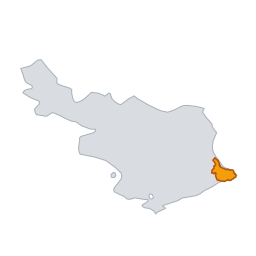 Amasia, Shirak, Armenia (highlighted), rotated 164°
{"feature_id": "60910142B69000045179154", "entity_name": "Amasia", "entity_type": "district", "adm_level": 2, "iso_a3": "ARM", "parent_name": "Armenia", "parent_adm1": "Shirak", "projection": "orthographic", "projection_center": [43.631, 40.973], "detail": "fine", "context": "in_parent", "style": "filled", "palette": "amber", "viewbox_px": 256, "rotation_deg": 164, "n_neighbors": 0, "source": "geoboundaries", "source_scale": "gbopen_adm2", "svg_char_len": 4043}
<svg xmlns="http://www.w3.org/2000/svg" viewBox="0 0 256 256"><g transform="rotate(164 128 128)"><path d="M113.2,157.2L111.2,154.0L101.1,143.6L91.7,135.5L85.4,132.2L79.0,132.6L69.1,134.3L65.4,133.6L56.8,130.1L49.5,125.9L50.5,124.2L52.0,122.9L50.2,117.4L46.2,108.6L46.6,105.9L45.4,102.1L44.0,99.2L49.6,92.3L52.2,86.8L52.7,81.4L51.2,75.8L47.6,65.6L45.3,62.7L41.1,59.9L37.6,55.4L36.7,52.2L39.7,51.6L48.3,51.5L56.7,50.4L63.2,48.3L72.7,46.5L76.6,44.9L81.2,44.2L95.1,45.7L100.3,44.4L115.9,43.9L116.3,43.3L114.2,41.2L114.2,40.4L123.4,38.9L124.9,37.8L126.1,41.2L129.7,44.9L133.5,46.4L135.6,48.4L135.7,50.0L129.0,52.0L128.6,53.0L129.0,53.9L131.0,54.4L140.6,58.9L146.0,58.9L148.9,60.3L150.4,63.1L155.0,66.9L158.7,70.5L158.9,71.8L158.3,73.7L148.3,81.3L147.1,83.8L147.0,86.5L151.6,94.3L158.4,102.9L168.0,109.2L181.3,116.1L181.6,120.5L179.6,125.8L177.9,129.4L177.2,131.9L175.6,132.9L162.5,133.0L160.6,133.9L159.7,135.0L159.7,135.8L164.4,137.3L171.9,142.8L176.3,148.2L180.8,150.4L185.8,154.6L189.9,158.6L196.3,163.7L203.2,161.7L212.5,166.1L213.0,169.3L212.5,172.1L206.8,175.4L206.1,176.7L206.2,177.8L207.0,179.3L210.5,181.7L214.6,185.3L219.3,190.8L217.4,192.5L213.1,192.9L209.8,192.3L208.7,193.5L208.8,195.3L213.2,199.5L214.2,202.6L214.2,208.0L214.6,214.8L204.5,214.6L196.0,218.2L192.7,217.6L190.4,211.9L188.4,207.2L182.6,195.3L184.0,190.4L180.9,187.6L173.4,182.6L171.5,180.6L172.4,177.6L173.0,172.3L172.2,168.0L170.2,166.7L166.6,166.7L162.2,167.9L153.3,172.3L147.1,169.7L143.5,167.1L141.4,164.9L136.8,166.9L135.6,166.0L135.3,160.4L133.8,157.5L131.0,154.0L128.4,152.4L118.9,156.0L113.2,157.2ZM126.4,57.6L126.7,55.6L126.2,53.8L124.7,53.3L122.8,53.8L122.7,55.8L123.3,57.7L125.2,58.5L126.4,57.6ZM157.1,87.9L154.9,89.2L152.9,88.7L152.8,85.6L154.2,84.3L155.9,84.4L157.6,85.4L157.1,87.9Z" fill="#d9dde1" stroke="#a8b0b8" stroke-width="1"/><path d="M54.4,52.1L54.0,51.9L53.6,51.7L53.2,51.5L52.8,51.3L52.5,51.1L52.2,51.0L51.8,50.9L51.4,50.8L51.1,50.6L50.8,50.5L50.7,50.3L50.6,50.2L50.3,50.2L50.1,50.2L49.9,50.1L49.6,50.1L49.4,50.1L49.1,50.2L48.8,50.2L48.6,50.3L48.2,50.4L47.8,50.5L47.5,50.6L47.3,50.6L47.2,50.5L46.8,50.5L46.6,50.4L46.4,50.5L46.1,50.6L45.8,50.6L45.7,50.6L45.6,50.4L45.6,50.2L45.5,49.9L45.4,49.9L45.1,49.7L44.5,49.5L44.3,49.5L44.0,49.4L43.5,49.4L43.3,49.5L43.1,49.6L42.7,49.7L42.3,49.9L42.2,50.0L41.8,50.2L41.6,50.2L41.1,50.2L40.6,50.2L40.5,50.4L40.4,50.5L40.0,50.7L39.8,50.8L39.6,50.8L39.4,50.8L39.2,50.8L38.7,51.0L38.4,51.1L38.1,51.2L37.8,51.3L37.8,51.5L37.8,51.8L37.7,51.9L37.7,52.0L37.4,52.5L37.2,52.7L37.2,52.9L37.2,53.3L37.2,53.5L37.3,53.7L37.6,53.8L37.8,54.1L37.8,54.5L38.2,54.9L38.4,55.0L38.5,55.1L38.5,55.4L38.5,55.7L38.5,56.1L38.4,56.7L38.4,57.3L38.4,57.9L38.5,58.1L38.6,58.3L38.8,58.5L39.2,58.9L39.3,59.0L39.6,59.0L39.8,59.0L40.1,59.2L40.3,59.3L40.5,59.4L41.0,59.2L41.4,59.3L41.6,59.4L42.0,59.7L42.3,59.9L42.5,60.1L42.7,60.3L43.1,60.4L43.2,60.6L43.3,60.7L43.6,60.7L43.8,60.8L44.1,60.8L44.4,60.8L44.5,60.8L44.6,61.0L44.8,61.0L44.9,61.3L45.2,61.3L45.4,61.3L45.7,61.5L46.3,62.0L47.8,63.2L48.4,63.7L48.9,64.2L49.4,64.6L49.8,64.9L49.9,65.1L50.1,65.4L50.1,65.5L49.9,65.9L49.9,66.1L50.0,66.2L49.9,66.2L49.9,66.4L49.9,66.6L49.8,66.8L49.9,67.0L50.1,67.1L50.3,67.3L50.5,67.5L50.4,67.7L50.3,67.8L50.2,68.0L50.2,68.3L50.1,68.5L50.0,68.8L50.1,69.1L50.1,69.3L50.2,69.6L50.1,69.9L50.1,70.1L50.4,70.3L50.4,70.5L50.4,70.9L50.4,71.1L50.3,71.4L50.3,71.6L50.2,71.8L50.3,71.9L50.3,72.0L50.5,72.2L50.5,72.3L50.8,72.6L51.0,72.7L51.1,72.8L51.2,73.0L51.3,73.1L51.5,73.2L51.5,73.3L51.6,73.5L51.8,73.7L51.9,73.8L51.9,74.0L52.0,74.2L52.0,74.3L52.1,74.5L52.2,74.8L52.3,74.9L52.4,75.0L52.5,75.3L53.1,75.2L53.9,74.6L54.8,74.0L55.2,73.7L55.1,73.1L54.3,71.6L54.3,71.1L54.2,70.5L54.1,70.3L53.9,69.9L53.7,69.2L54.0,68.6L54.2,68.4L54.8,67.8L55.9,67.8L56.2,67.0L56.3,65.7L58.9,64.3L59.8,61.9L59.8,61.6L58.9,61.6L58.6,61.4L58.6,61.0L58.5,60.6L58.0,60.5L57.7,60.5L57.1,60.8L56.7,61.0L56.4,61.0L56.0,60.4L56.0,59.7L56.8,58.8L56.9,58.2L57.0,57.8L56.9,56.2L56.7,54.8L56.7,53.9L56.3,53.3L56.1,52.9L54.8,52.8L54.4,52.1Z" fill="#f59e0b" stroke="#b45309" stroke-width="1.5"/></g></svg>